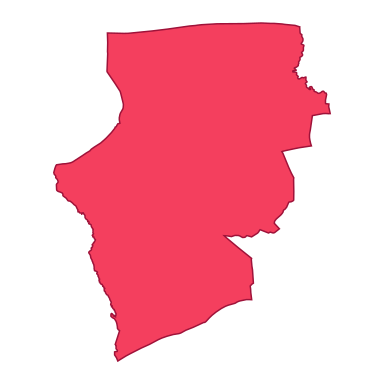 Ham Tan, Bình Thuận, Vietnam
{"feature_id": "81297802B21171501026834", "entity_name": "Ham Tan", "entity_type": "district", "adm_level": 2, "iso_a3": "VNM", "parent_name": "Vietnam", "parent_adm1": "Bình Thuận", "projection": "mercator", "projection_center": [107.623, 10.744], "detail": "fine", "context": "isolated", "style": "filled", "palette": "rose", "viewbox_px": 384, "rotation_deg": 0, "n_neighbors": 0, "source": "geoboundaries", "source_scale": "gbopen_adm2", "svg_char_len": 5847}
<svg xmlns="http://www.w3.org/2000/svg" viewBox="0 0 384 384"><path d="M299.8,26.9L295.1,25.4L284.7,24.4L282.2,24.0L274.0,23.4L270.4,23.4L261.4,23.0L243.8,23.6L217.3,23.8L201.7,24.7L198.0,25.1L195.4,25.5L189.5,26.0L167.5,29.1L152.7,30.9L128.4,33.3L124.1,33.4L107.4,33.0L107.7,42.8L107.5,51.6L107.7,53.6L107.0,71.1L107.1,71.8L114.8,83.1L120.1,91.3L120.7,93.2L121.9,98.0L123.2,103.3L123.4,104.7L123.2,107.5L122.9,108.8L120.4,113.2L119.9,114.7L119.3,117.7L119.3,119.8L119.9,123.3L118.8,123.6L118.0,123.7L117.7,124.0L116.8,125.5L116.3,126.6L115.1,127.2L114.8,128.3L111.4,132.6L105.9,138.4L100.7,143.0L94.1,147.2L91.3,149.2L89.8,150.9L86.1,153.1L82.0,155.9L72.4,162.1L70.6,162.8L68.7,163.2L65.8,163.7L62.5,163.9L56.5,164.8L55.8,165.9L54.9,168.4L53.8,172.5L54.2,174.2L55.5,175.6L55.8,176.3L55.7,177.7L57.1,179.2L57.7,180.2L58.1,181.8L57.9,182.6L56.7,183.9L56.4,184.7L56.6,189.4L56.8,190.3L57.5,191.0L58.4,191.5L60.5,192.2L62.2,193.0L62.9,194.1L62.9,195.4L63.1,195.9L66.3,198.3L67.9,200.6L68.4,200.9L70.2,201.2L72.5,203.0L74.0,204.6L75.6,205.7L76.1,206.3L77.2,208.8L77.8,209.6L77.9,211.2L78.1,211.9L79.0,211.8L79.5,212.7L80.1,213.0L81.5,213.1L81.7,214.1L82.0,214.0L82.3,213.0L83.1,212.8L83.4,213.0L83.7,213.9L84.5,214.7L85.0,215.6L85.0,217.3L85.6,218.6L86.0,219.0L86.7,219.5L87.2,219.9L87.8,220.7L87.7,221.4L87.8,221.7L88.6,221.6L88.9,221.9L89.0,222.6L88.7,223.4L88.8,223.7L89.3,224.0L90.5,224.3L90.9,224.6L91.1,225.0L91.2,225.8L91.5,226.9L92.1,227.6L92.5,228.5L93.2,229.3L92.9,229.9L93.1,231.1L92.9,232.8L93.5,233.8L92.4,235.1L92.3,235.4L92.9,235.8L92.8,236.4L92.8,236.8L93.8,237.0L93.9,237.7L94.4,238.4L94.5,238.9L95.4,239.6L95.4,240.0L94.6,241.5L94.2,241.9L94.1,242.6L93.5,242.8L93.2,243.6L92.2,244.6L92.3,245.1L92.7,245.5L92.8,245.8L92.5,246.2L92.3,247.2L91.5,247.7L91.2,248.1L91.2,248.3L91.6,248.8L91.6,249.2L91.1,250.2L89.9,251.0L88.9,252.0L88.8,252.8L89.2,253.5L90.1,254.8L90.5,255.8L90.6,256.8L90.9,258.1L92.0,260.1L92.1,260.9L92.6,261.7L93.0,263.1L93.8,264.7L94.2,267.4L94.1,268.2L94.5,270.6L94.7,270.8L95.5,270.8L96.1,271.4L97.0,271.7L97.4,272.2L97.3,272.6L96.8,273.3L96.8,273.7L97.0,274.1L97.8,274.6L97.9,275.3L98.2,275.7L98.1,276.1L98.1,276.5L98.5,276.8L98.7,277.7L99.0,278.2L99.1,278.6L99.6,279.1L99.5,279.4L99.0,279.9L99.0,280.3L99.6,281.1L99.3,281.8L99.9,282.3L100.2,283.2L100.7,283.6L100.9,284.0L101.4,284.3L102.1,284.4L102.4,285.2L102.9,285.6L102.8,286.4L103.7,286.8L104.0,287.9L104.7,288.2L104.8,288.5L104.7,288.7L104.2,289.0L104.3,290.9L105.3,291.7L105.5,292.8L106.0,293.5L106.6,294.6L107.9,295.2L108.5,296.6L109.4,298.0L110.0,299.9L111.0,301.6L111.2,302.2L111.2,302.7L110.9,303.5L110.7,304.5L110.7,304.9L112.1,305.8L112.1,306.0L111.6,306.4L111.5,306.7L112.5,307.3L112.7,308.1L113.5,309.1L114.3,309.5L114.3,310.5L115.0,311.1L115.3,312.6L116.0,313.3L115.9,314.1L116.0,315.0L115.9,315.3L115.5,315.6L115.5,316.7L115.1,316.4L114.1,316.3L113.9,316.1L114.2,315.7L114.1,315.3L113.0,314.9L112.5,314.0L111.6,313.5L111.0,314.0L110.9,315.8L111.0,316.4L111.7,317.0L112.6,317.8L114.5,318.8L116.0,321.2L116.4,322.2L116.9,323.9L117.4,326.9L117.4,328.2L118.2,329.6L119.6,330.7L115.2,344.5L115.7,345.0L115.8,345.6L116.2,346.0L116.0,346.6L116.1,347.5L116.0,348.4L116.5,349.4L116.9,349.7L117.4,350.4L117.2,351.4L115.1,351.7L114.6,351.9L114.6,354.9L116.5,357.8L117.8,361.0L126.1,355.9L130.4,353.6L141.4,348.0L149.6,344.3L158.2,339.7L161.7,338.1L166.8,336.3L173.3,334.5L179.0,333.6L180.8,333.0L185.9,330.2L193.2,327.3L203.6,322.5L204.7,322.4L205.4,322.0L206.1,321.4L209.3,317.9L212.1,315.2L216.1,312.0L221.3,308.5L225.4,306.3L228.2,305.2L234.6,303.4L235.6,303.0L236.6,302.3L238.0,301.6L239.6,301.0L246.3,299.6L249.5,299.6L251.7,299.7L250.8,292.7L250.6,288.9L250.2,286.0L252.0,284.1L253.4,283.2L252.5,269.8L251.9,266.1L251.3,259.4L251.6,258.4L237.9,247.4L225.7,237.2L224.2,235.7L227.5,235.9L231.4,236.6L234.3,235.6L235.3,235.4L238.5,235.5L239.7,235.9L242.4,237.4L242.9,237.5L244.8,237.3L245.6,236.8L246.6,235.7L247.2,235.7L247.8,235.8L251.6,236.9L257.6,233.1L258.7,231.8L259.5,230.4L260.1,229.7L268.5,233.0L270.2,232.1L272.8,232.9L273.7,232.9L274.6,232.6L279.4,228.8L274.3,223.3L274.5,221.7L275.0,220.6L276.4,218.9L280.9,214.9L282.1,213.5L282.9,212.3L283.1,211.8L283.3,210.7L283.6,210.1L284.9,209.3L286.6,207.3L288.7,202.4L289.2,202.0L291.1,201.8L292.4,201.2L293.5,200.5L293.7,199.9L293.8,191.5L293.6,179.3L293.8,177.8L291.3,173.1L288.7,167.4L282.9,153.3L281.9,151.6L283.0,151.2L286.4,150.4L294.4,148.7L299.4,147.7L311.4,145.9L310.6,143.4L309.9,140.2L309.5,137.6L309.5,134.7L309.7,133.0L310.3,130.0L312.4,115.6L323.1,113.6L325.8,113.5L328.7,113.7L330.2,113.6L329.3,109.3L328.7,106.9L328.9,104.0L325.8,103.7L325.5,103.3L325.5,100.1L326.6,94.6L326.2,93.2L325.1,93.0L323.9,91.6L323.6,91.3L323.0,91.2L322.0,91.5L321.0,92.4L320.3,92.8L319.2,93.3L318.1,93.3L316.4,92.1L314.4,91.4L314.1,91.1L314.1,89.9L313.9,89.7L313.3,89.5L312.8,89.1L311.9,87.0L311.4,86.6L310.8,86.6L310.2,86.8L309.8,87.0L309.4,87.4L309.4,87.9L309.8,88.4L310.3,88.6L310.5,88.9L310.6,89.3L310.0,89.6L308.9,89.1L308.4,88.5L306.7,87.4L306.4,86.8L306.5,85.7L306.4,85.2L305.4,83.8L305.4,83.4L305.7,82.9L307.0,82.0L307.0,81.6L306.3,80.9L305.9,80.1L305.9,78.9L306.0,77.5L305.9,77.1L305.4,77.1L303.7,77.8L302.5,77.5L301.8,77.5L299.5,78.9L298.7,78.9L298.2,78.8L297.7,77.8L298.2,76.4L296.5,74.8L296.7,73.1L296.6,72.7L296.2,72.4L295.4,72.1L293.0,71.9L292.8,71.8L292.8,71.1L293.1,70.7L296.1,70.2L296.0,69.8L294.3,68.2L294.4,67.9L295.1,67.6L296.5,67.1L297.9,66.0L298.3,65.4L298.3,64.4L298.8,63.3L298.6,61.9L299.7,60.4L300.1,59.1L299.8,57.7L299.9,57.3L301.6,56.4L302.5,55.4L302.6,54.7L302.3,53.9L301.6,53.0L301.6,52.5L303.2,50.8L303.4,50.3L303.4,47.4L303.9,45.8L303.9,45.5L303.7,45.1L301.4,44.1L301.2,43.8L301.3,43.3L302.6,41.5L302.9,40.7L303.0,39.0L302.7,38.2L301.7,36.3L301.7,35.6L301.9,35.0L301.8,34.6L300.5,33.7L300.1,32.9L299.7,27.4L299.8,26.9Z" fill="#f43f5e" stroke="#9f1239" stroke-width="1.5"/></svg>